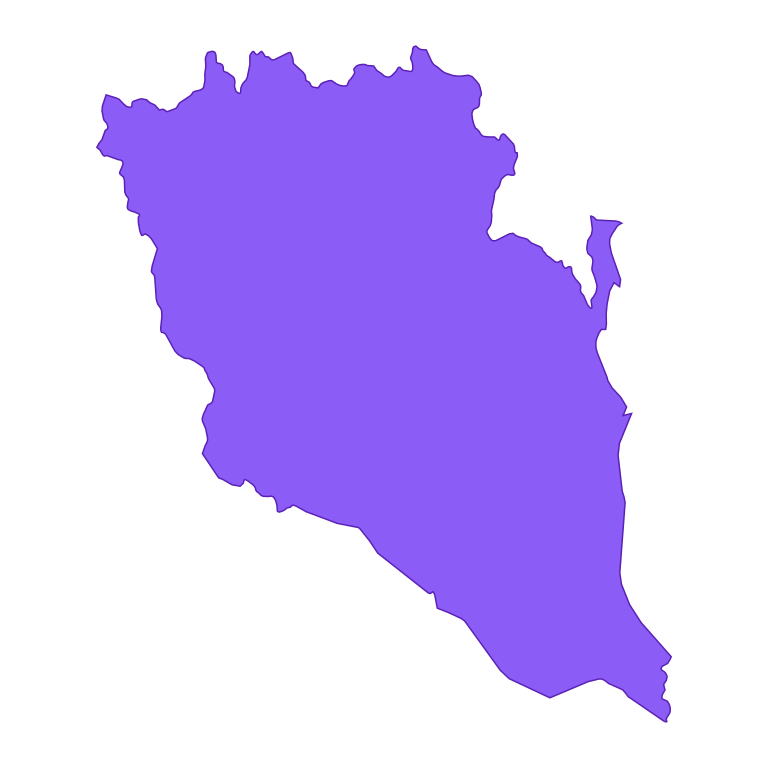 the State of Pahang
{"feature_id": "MYS-1147", "entity_name": "Pahang", "entity_type": "State", "adm_level": 1, "iso_a3": "MYS", "parent_name": "Malaysia", "parent_adm1": "", "projection": "natural_earth1", "projection_center": [102.483, 3.614], "detail": "fine", "context": "isolated", "style": "filled", "palette": "violet", "viewbox_px": 768, "rotation_deg": 0, "n_neighbors": 0, "source": "natural_earth", "source_scale": "10m", "svg_char_len": 5985}
<svg xmlns="http://www.w3.org/2000/svg" viewBox="0 0 768 768"><path d="M621.7,223.3L619.2,224.5L617.2,226.2L612.0,234.1L609.8,238.6L609.6,243.7L611.3,252.8L620.6,279.5L619.6,286.7L614.0,282.7L609.7,291.0L607.1,304.0L606.2,313.5L606.4,324.2L605.7,329.4L601.3,329.5L598.9,333.2L596.8,338.2L595.8,342.2L596.0,348.0L597.3,352.8L607.0,377.2L607.9,380.8L612.2,388.0L620.8,397.3L626.6,407.0L623.1,415.5L631.6,413.5L619.4,443.4L618.1,455.4L622.2,491.1L624.0,496.9L625.1,502.6L619.8,572.7L621.4,584.1L629.6,604.7L641.2,622.7L671.2,656.7L670.4,658.8L667.7,663.3L662.1,666.4L661.2,668.0L661.2,669.2L662.1,670.4L664.2,671.7L665.4,672.9L666.6,674.9L667.1,676.7L666.3,680.4L663.6,684.5L665.0,690.0L662.5,694.3L661.8,697.4L662.2,698.6L662.9,699.2L667.3,701.2L669.3,704.4L670.2,707.8L670.2,711.1L669.7,713.1L666.6,718.0L666.3,719.3L666.8,721.6L665.8,721.9L663.7,721.0L628.0,696.5L626.0,693.6L622.7,689.8L608.6,683.5L605.4,680.9L602.3,679.1L598.9,679.0L588.2,681.6L549.9,697.8L509.2,678.7L500.3,670.3L464.7,621.0L461.2,618.5L448.1,612.4L437.3,608.2L434.7,594.6L433.0,591.6L430.5,593.4L429.7,593.5L428.2,592.9L377.7,553.1L369.9,541.3L360.0,528.8L358.3,527.5L337.3,523.4L306.1,511.7L296.0,506.0L293.7,505.3L292.2,505.3L290.5,507.1L286.9,508.0L284.3,510.1L281.9,511.3L279.6,512.0L278.4,511.9L277.6,511.4L277.3,510.5L276.9,504.9L275.4,499.9L273.5,497.0L271.4,496.1L268.1,496.5L263.4,496.3L261.2,495.5L258.6,492.9L256.5,491.4L255.7,489.7L255.6,488.6L254.7,486.8L253.0,484.8L248.3,481.2L246.1,479.9L244.6,479.6L244.0,480.3L243.3,483.2L240.1,486.2L232.1,484.8L222.9,479.5L218.7,477.9L202.4,453.6L205.2,445.7L207.4,441.2L207.6,438.4L205.8,429.0L202.5,421.2L202.2,419.0L202.6,417.1L203.4,414.4L207.7,405.0L211.5,402.9L212.5,401.5L214.7,391.3L214.5,388.7L208.5,378.6L207.0,373.7L205.1,370.7L204.1,368.0L202.6,366.5L194.1,360.8L189.2,358.6L185.2,358.4L183.9,358.0L178.2,354.5L175.0,351.2L165.5,333.9L163.4,332.7L161.5,332.3L160.9,330.8L160.7,328.3L161.9,316.2L161.6,310.7L160.7,308.3L157.7,304.1L156.3,299.3L154.8,278.1L154.3,275.4L151.7,272.2L151.4,271.0L152.2,265.9L157.4,248.5L151.3,238.7L149.0,236.2L145.3,233.9L142.5,235.4L141.7,235.4L140.8,233.6L139.7,230.2L138.4,222.7L138.3,217.3L139.3,215.8L139.4,215.0L139.1,214.1L134.8,212.1L131.3,211.1L128.1,209.4L127.6,208.4L127.3,206.9L127.7,203.5L128.6,199.3L128.2,198.0L126.1,195.4L124.8,192.1L124.4,180.1L123.5,177.1L119.9,174.0L119.6,172.6L122.9,164.6L123.0,162.7L122.7,161.7L121.1,160.2L118.1,159.6L106.6,155.5L104.9,156.1L103.8,155.8L102.7,154.7L99.9,149.9L96.8,147.4L99.1,143.2L101.9,139.8L105.2,130.5L107.6,128.7L107.9,127.6L107.7,126.0L106.7,123.2L104.2,120.5L103.5,118.7L102.0,110.8L102.4,106.1L106.1,94.9L116.0,97.9L119.0,99.2L123.4,103.8L126.6,106.5L129.5,107.2L131.0,107.2L131.8,106.5L132.1,103.1L132.5,102.1L133.2,101.4L138.7,99.4L141.6,98.8L146.6,99.8L150.1,102.8L154.8,105.0L159.4,110.0L163.0,109.2L165.1,110.3L166.1,111.4L167.6,111.5L175.0,108.8L176.3,108.0L177.8,105.9L178.6,104.2L179.9,102.7L189.5,96.3L191.2,95.0L193.1,92.2L194.7,91.4L200.4,90.0L203.0,88.3L203.8,86.6L205.0,80.2L204.8,74.2L205.8,66.3L205.4,59.0L205.7,57.2L207.3,53.1L208.3,52.3L211.7,51.4L213.2,51.4L214.9,52.3L215.9,54.9L216.4,62.1L217.6,63.2L220.4,63.6L222.5,65.1L223.2,67.0L223.4,70.3L223.8,71.2L224.6,71.8L226.9,72.4L233.1,76.8L234.2,78.2L234.9,81.2L234.5,86.5L235.6,90.2L236.6,92.0L239.2,93.4L240.1,93.2L240.6,92.4L240.9,87.9L241.9,85.2L243.3,82.9L246.0,80.0L247.3,77.3L249.9,64.4L249.8,56.2L250.3,54.6L252.1,52.1L253.1,51.5L253.9,51.7L255.5,54.0L256.4,54.5L258.0,54.4L260.3,52.1L261.6,51.4L262.7,52.5L265.1,56.3L265.7,56.8L268.4,56.9L271.8,59.9L274.4,59.7L288.2,52.9L290.2,52.5L291.2,53.9L292.8,58.3L293.4,63.5L303.0,72.2L304.5,74.2L305.3,75.9L305.9,80.2L306.5,80.8L308.9,82.0L310.0,83.3L311.1,85.9L312.1,86.6L313.0,87.1L318.1,87.9L320.8,84.1L323.1,82.6L328.6,80.8L330.4,80.6L331.8,80.7L336.7,84.1L339.9,85.4L344.0,86.1L347.0,85.6L348.9,81.1L351.2,78.5L354.1,74.2L354.7,72.4L353.9,69.7L354.1,68.5L356.4,66.1L358.5,65.1L361.9,64.4L364.9,64.5L367.7,65.6L372.7,65.8L373.8,66.1L376.7,70.4L381.1,73.3L384.5,76.2L387.9,77.2L390.2,76.7L392.0,75.4L395.8,71.6L398.3,67.6L399.2,67.3L400.1,67.4L401.8,69.3L403.7,70.4L410.7,71.5L411.7,71.2L412.7,69.6L412.8,66.2L412.1,61.9L410.9,59.4L410.6,57.5L412.3,52.9L412.8,48.3L413.9,46.7L415.9,46.1L419.2,48.8L421.3,49.6L426.3,49.9L431.6,61.5L433.7,64.6L437.6,67.2L442.2,71.1L444.7,72.8L452.5,75.4L457.0,76.1L461.3,76.1L468.3,75.2L472.1,76.6L476.7,81.5L479.0,84.5L480.1,87.7L481.3,93.0L481.3,94.9L479.6,97.9L479.4,104.3L478.8,106.2L477.7,107.5L473.6,109.4L472.4,111.6L471.9,113.9L472.5,119.2L473.8,124.3L475.5,128.1L477.5,129.6L479.4,131.8L480.9,134.4L483.0,136.3L487.8,136.9L494.6,137.0L498.3,140.3L499.6,139.7L500.4,136.7L501.3,135.1L502.6,134.1L503.6,134.0L504.9,134.7L513.4,144.0L514.3,146.2L515.0,151.6L515.5,152.6L517.2,152.8L517.4,156.6L514.1,164.7L513.6,167.0L513.5,168.6L514.8,173.2L514.6,174.2L514.0,175.0L512.3,175.3L507.4,174.5L504.7,176.0L502.3,178.2L501.2,179.5L499.4,185.6L498.3,187.5L496.1,189.9L494.6,193.2L493.9,199.4L491.4,210.7L491.8,215.8L491.3,222.0L490.3,225.5L487.2,230.2L486.9,231.5L486.9,232.6L489.4,237.4L491.6,240.2L493.3,240.8L495.7,240.7L509.3,233.9L513.1,233.3L515.7,235.5L519.0,236.9L525.9,238.7L527.5,239.4L531.2,242.9L540.7,247.1L542.0,248.3L543.0,250.9L544.8,252.7L546.6,255.4L549.5,257.2L555.3,261.9L558.1,262.4L559.8,261.2L561.2,260.7L561.9,261.2L562.9,265.5L564.5,267.8L565.4,268.2L566.2,268.1L568.2,266.9L570.2,266.7L571.0,267.2L571.5,268.1L571.9,272.2L572.6,274.4L575.4,279.0L579.4,283.5L580.4,285.0L580.8,286.9L580.4,290.1L580.9,292.4L583.7,295.7L587.5,304.8L590.2,308.0L591.1,308.3L591.8,308.0L591.9,306.9L591.1,300.5L591.3,299.5L593.4,296.9L595.7,293.0L596.3,291.1L597.0,286.9L596.8,284.6L594.6,276.9L592.1,270.5L591.9,268.4L592.9,261.7L592.7,259.4L591.7,256.8L587.8,253.3L586.9,249.3L586.9,247.0L587.9,240.3L591.2,235.1L592.2,230.8L592.3,228.5L590.7,216.2L591.2,216.1L593.4,217.0L595.8,219.4L597.4,220.1L615.6,221.0L619.0,221.8L621.7,223.3Z" fill="#8b5cf6" stroke="#5b21b6" stroke-width="1.5"/></svg>